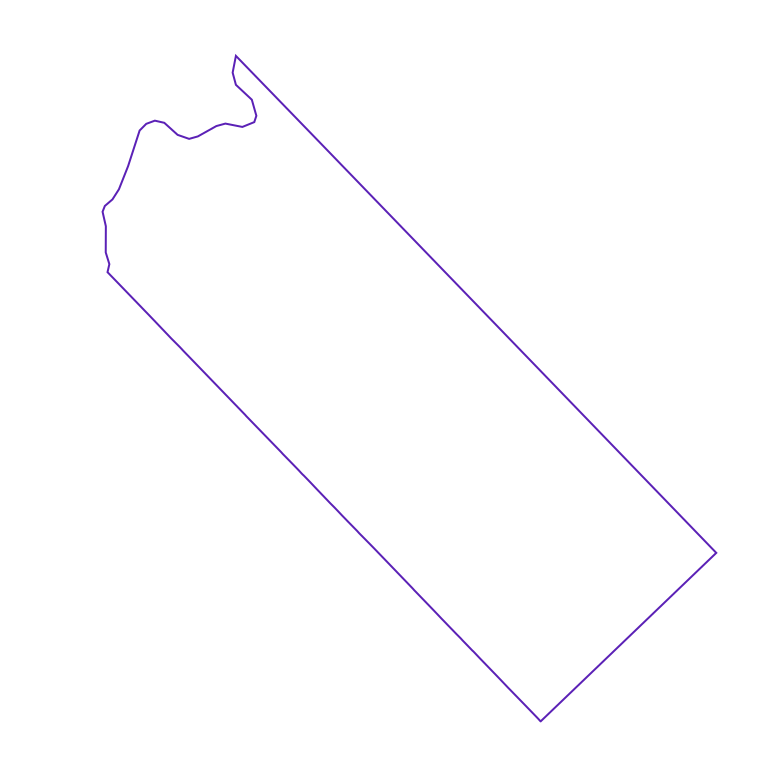 Corson, South Dakota, United States of America, rotated 226°
{"feature_id": "52423323B58713240584221", "entity_name": "Corson", "entity_type": "district", "adm_level": 2, "iso_a3": "USA", "parent_name": "United States of America", "parent_adm1": "South Dakota", "projection": "robinson", "projection_center": [-101.116, 45.709], "detail": "fine", "context": "isolated", "style": "outline", "palette": "violet", "viewbox_px": 768, "rotation_deg": 226, "n_neighbors": 0, "source": "geoboundaries", "source_scale": "gbopen_adm2", "svg_char_len": 1175}
<svg xmlns="http://www.w3.org/2000/svg" viewBox="0 0 768 768"><g transform="rotate(226 384 384)"><path d="M32.5,262.4L31.7,505.7L252.5,505.7L610.8,505.6L722.9,505.4L713.1,491.4L702.1,485.3L680.3,486.4L665.6,478.5L662.5,472.6L667.3,460.7L681.5,450.8L686.0,442.6L691.4,422.1L695.7,414.1L706.6,408.6L724.5,407.4L732.6,402.1L736.3,393.7L736.1,384.3L718.5,351.3L708.2,328.6L705.4,316.9L706.0,306.9L703.4,301.2L690.7,293.5L671.9,275.2L661.0,269.7L656.5,262.8L651.4,262.8L603.2,262.8L593.6,262.8L564.5,262.6L552.2,262.8L547.3,262.7L544.1,262.7L494.1,262.7L475.2,262.7L473.8,262.7L463.2,262.7L458.2,262.7L456.5,262.6L406.3,262.7L404.0,262.6L389.2,262.7L387.7,262.7L380.6,262.7L377.3,262.6L375.4,262.6L374.0,262.7L363.7,262.7L355.3,262.6L335.6,262.5L329.0,262.6L318.2,262.5L309.6,262.5L296.6,262.6L294.3,262.5L293.1,262.5L273.9,262.7L216.8,262.6L214.8,262.5L187.1,262.5L175.1,262.4L165.5,262.4L165.0,262.4L153.8,262.4L147.7,262.5L145.0,262.4L133.1,262.4L130.7,262.4L130.3,262.4L130.0,262.5L120.0,262.4L118.1,262.4L102.2,262.4L94.0,262.4L79.8,262.3L50.4,262.4L43.7,262.4L37.1,262.4L36.0,262.4L33.3,262.3L32.6,262.3L32.5,262.4Z" fill="none" stroke="#5b21b6" stroke-width="2"/></g></svg>